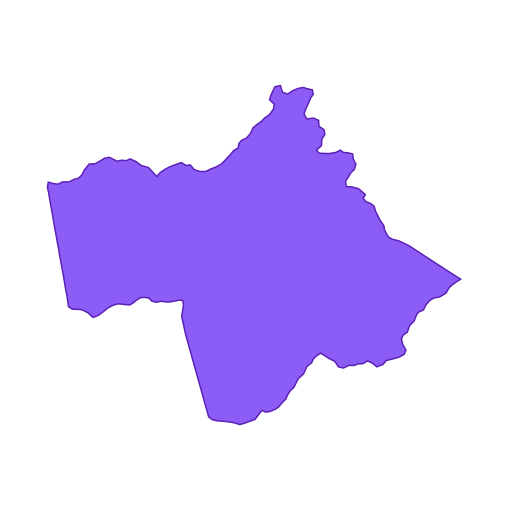 Rio Bonito, Rio de Janeiro, Brazil, rotated 167°
{"feature_id": "56859067B12785647201929", "entity_name": "Rio Bonito", "entity_type": "district", "adm_level": 2, "iso_a3": "BRA", "parent_name": "Brazil", "parent_adm1": "Rio de Janeiro", "projection": "albers", "projection_center": [-42.592, -22.736], "detail": "fine", "context": "isolated", "style": "filled", "palette": "violet", "viewbox_px": 512, "rotation_deg": 167, "n_neighbors": 0, "source": "geoboundaries", "source_scale": "gbopen_adm2", "svg_char_len": 2881}
<svg xmlns="http://www.w3.org/2000/svg" viewBox="0 0 512 512"><g transform="rotate(167 256 256)"><path d="M450.1,248.8L447.1,245.6L442.7,244.4L438.0,243.0L432.6,238.6L428.6,232.7L422.7,233.7L417.2,236.1L412.3,238.6L406.6,240.1L402.4,240.5L398.7,239.7L394.2,238.0L389.9,236.7L386.1,238.0L381.8,240.1L377.8,241.4L374.0,240.8L369.9,239.2L367.6,235.4L363.7,233.4L358.5,233.2L354.1,231.5L350.5,230.6L345.4,230.4L340.8,230.3L337.3,229.1L337.9,223.9L340.5,217.7L342.0,213.6L342.2,194.7L341.5,179.4L338.3,109.8L335.5,106.4L331.0,104.2L325.0,102.3L319.0,100.2L314.6,98.3L309.7,95.4L304.3,95.7L298.8,96.4L293.8,97.0L289.5,100.5L285.0,104.2L281.4,101.6L276.7,101.4L271.5,102.4L267.9,103.8L263.7,107.1L259.0,110.0L256.4,113.6L253.2,116.8L248.4,119.7L245.1,123.8L241.9,127.3L236.2,130.4L231.3,136.9L225.8,139.4L223.4,142.7L219.4,145.1L215.0,146.8L211.5,143.4L207.9,139.7L202.9,135.6L200.7,129.5L196.1,127.2L190.0,128.5L185.0,127.3L180.6,127.9L175.9,127.0L170.9,128.7L166.5,125.1L163.2,120.8L156.8,121.7L152.4,124.9L146.7,124.9L139.1,125.3L133.9,126.8L131.0,130.5L132.9,136.7L133.0,142.5L130.2,146.0L125.7,147.7L122.0,153.6L116.4,157.2L113.5,161.6L110.6,164.6L105.0,165.8L101.1,170.4L96.6,173.6L92.0,175.1L86.3,174.8L79.3,177.0L75.0,181.6L71.8,183.5L67.2,185.5L61.9,187.4L75.8,201.6L105.0,232.0L113.7,238.8L119.3,241.6L122.5,244.6L123.9,248.5L124.9,252.6L124.6,256.7L126.7,262.1L128.4,268.3L129.5,273.1L129.7,277.9L132.6,281.5L136.6,284.1L138.6,288.2L135.6,291.2L138.4,295.1L141.2,298.7L147.0,301.7L152.5,303.4L151.7,309.2L148.2,312.1L145.3,315.4L140.6,318.3L138.0,323.0L139.4,328.5L138.9,333.7L143.0,335.8L147.5,337.2L150.0,340.2L155.1,338.9L161.8,339.4L167.8,340.9L171.4,342.1L173.2,345.6L167.5,348.7L165.5,355.1L161.5,359.0L161.3,363.8L165.5,368.2L164.5,374.1L169.1,377.5L175.6,378.1L177.3,383.5L174.2,388.4L170.5,393.1L166.8,398.2L163.9,400.5L163.7,405.2L168.3,407.4L172.1,409.6L177.6,409.8L183.3,408.7L188.7,406.6L193.4,409.6L193.9,416.6L199.5,416.6L202.6,412.8L205.8,408.5L207.7,405.2L204.0,399.8L205.8,395.3L210.9,390.9L216.2,388.7L220.3,386.1L225.1,384.1L230.2,381.5L233.7,376.8L238.7,373.1L244.2,371.9L247.3,369.5L249.2,365.2L253.8,363.9L257.8,360.9L261.1,358.7L264.4,356.4L268.7,353.6L274.9,351.7L280.4,351.0L286.2,349.7L291.7,351.0L296.7,354.0L299.6,359.6L303.6,359.8L307.6,363.8L311.4,363.5L315.2,363.0L320.3,362.2L325.2,360.9L330.3,359.0L334.8,355.8L340.8,366.3L347.4,370.0L351.9,375.2L356.9,379.0L360.8,378.0L365.4,379.6L369.9,379.6L373.1,382.1L376.5,385.1L381.3,385.3L386.3,383.8L391.6,382.1L397.9,383.1L403.9,378.4L407.5,374.1L411.5,371.7L415.4,371.7L421.6,370.3L428.3,371.7L432.5,370.5L437.0,372.1L441.8,374.7L443.8,369.8L443.8,364.3L444.2,359.2L444.8,346.4L445.5,334.0L446.3,317.9L446.6,311.9L446.8,306.5L447.2,301.6L447.4,295.5L447.6,291.4L448.1,280.4L448.7,270.4L449.0,265.7L449.1,260.8L449.5,255.2L450.1,248.8Z" fill="#8b5cf6" stroke="#5b21b6" stroke-width="1.5"/></g></svg>